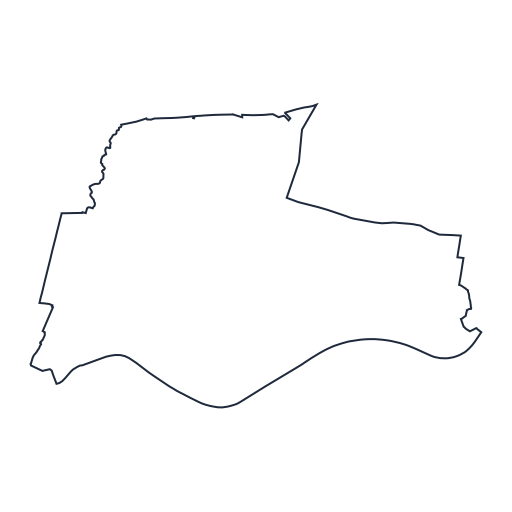 outline of Renkum, Gelderland, Netherlands
{"feature_id": "6326949B75793102771605", "entity_name": "Renkum", "entity_type": "district", "adm_level": 2, "iso_a3": "NLD", "parent_name": "Netherlands", "parent_adm1": "Gelderland", "projection": "albers", "projection_center": [5.777, 51.992], "detail": "fine", "context": "isolated", "style": "outline", "palette": "slate", "viewbox_px": 512, "rotation_deg": 0, "n_neighbors": 0, "source": "geoboundaries", "source_scale": "gbopen_adm2", "svg_char_len": 5901}
<svg xmlns="http://www.w3.org/2000/svg" viewBox="0 0 512 512"><path d="M316.5,104.6L312.4,106.1L308.2,106.9L304.1,107.5L296.0,109.4L285.2,112.6L285.1,113.0L286.6,114.5L290.3,118.3L288.6,120.4L285.0,116.5L283.8,115.8L280.9,116.5L278.8,117.2L272.9,114.2L269.1,114.4L265.4,114.8L261.2,115.0L257.1,115.1L253.1,115.2L245.5,115.0L242.2,114.8L242.2,117.3L233.2,114.5L232.2,114.5L232.2,114.4L231.8,114.5L221.6,114.7L214.3,114.9L203.7,115.5L200.7,115.8L197.8,115.9L194.9,116.2L194.0,118.3L193.1,118.1L193.2,116.3L185.4,117.1L175.8,117.8L171.6,118.0L163.0,118.2L154.4,118.5L151.1,119.6L147.1,119.5L146.4,118.4L143.5,119.4L136.5,121.6L127.5,123.5L121.2,124.7L121.4,125.2L121.4,126.0L121.3,126.3L121.2,126.6L121.1,126.8L120.9,127.0L120.6,127.1L119.5,127.5L119.2,127.7L119.0,127.8L118.9,128.1L118.9,129.3L118.8,129.7L118.8,129.9L118.4,130.2L117.4,130.3L117.2,130.4L116.9,130.6L116.7,130.9L116.6,131.3L116.5,132.7L116.4,133.2L116.2,133.5L116.0,133.8L115.8,134.0L115.5,134.3L115.1,134.5L114.1,134.6L113.6,134.8L113.3,135.0L112.7,135.5L112.4,136.3L111.7,137.4L110.6,138.9L109.8,140.1L109.6,140.5L109.6,140.8L109.6,141.2L109.8,141.6L110.5,142.7L110.7,142.9L110.7,143.4L110.6,143.8L110.3,144.7L110.1,145.7L110.1,146.2L110.3,147.4L110.3,147.7L110.2,147.9L110.0,148.0L109.3,148.1L108.9,148.0L107.5,147.5L106.9,147.4L106.5,147.5L106.3,147.7L105.9,148.2L105.8,148.3L105.4,149.3L105.3,149.6L105.3,150.3L105.3,150.7L105.5,151.7L106.1,153.8L106.2,154.0L106.1,154.4L105.7,154.6L105.4,154.7L104.6,154.9L104.4,154.9L104.3,155.1L104.2,155.5L103.9,155.8L103.7,156.0L102.6,156.3L102.4,156.5L102.3,156.8L102.0,157.9L101.2,159.4L101.2,160.7L101.0,161.6L100.9,162.1L100.9,162.6L100.9,162.8L101.0,163.0L102.3,164.0L102.2,164.6L102.2,164.8L102.4,165.3L102.7,165.7L103.9,166.9L104.7,168.0L104.8,168.6L104.7,168.8L104.4,169.3L103.8,169.8L103.1,170.0L102.8,170.2L102.6,170.4L102.3,170.7L102.2,170.9L102.1,171.5L102.1,171.8L102.2,172.0L102.4,172.3L103.3,173.4L103.4,173.6L103.5,173.9L103.4,175.8L103.4,177.8L103.3,178.2L103.0,178.7L102.8,179.0L102.4,179.3L101.2,180.1L100.9,180.3L100.7,180.5L100.5,180.8L100.3,181.2L99.8,182.9L99.7,183.1L99.5,183.3L98.2,183.8L97.8,183.9L97.0,183.9L95.6,183.9L95.0,184.0L94.0,184.3L93.3,184.5L91.7,185.3L91.1,185.8L90.2,186.1L90.0,186.3L89.6,186.8L89.6,187.0L89.6,187.3L89.7,187.7L90.0,188.4L91.6,191.1L91.7,191.4L91.8,191.6L91.8,192.7L90.9,193.4L90.6,193.9L90.5,194.3L90.3,194.9L90.3,195.1L90.3,195.3L90.4,195.7L90.5,195.9L91.3,196.7L92.1,198.0L93.0,198.9L93.4,199.3L93.6,199.5L94.3,202.1L94.5,202.5L94.8,202.9L94.9,203.1L94.9,203.7L94.8,204.1L94.8,205.0L94.6,205.8L93.8,206.5L93.5,206.9L92.7,208.3L90.5,207.5L90.4,207.6L89.1,207.3L88.3,207.3L87.1,208.3L85.7,213.1L82.5,212.2L82.3,212.9L61.6,213.3L61.6,213.7L60.0,219.8L58.0,228.0L57.4,230.2L56.6,233.5L56.1,235.6L55.7,237.3L52.5,249.8L52.0,251.9L51.5,253.9L50.7,257.4L50.5,258.1L50.3,259.1L44.8,281.1L44.6,282.0L42.1,292.5L40.7,297.6L39.5,302.9L40.2,302.8L41.2,303.2L43.7,303.3L49.2,304.0L52.4,305.3L51.9,306.5L52.6,306.9L52.5,307.3L52.9,307.4L42.7,331.1L44.8,332.3L44.6,333.2L44.8,334.1L44.8,334.4L44.8,335.0L44.7,335.4L42.9,339.4L42.7,339.9L42.5,340.1L42.2,340.1L41.1,341.9L40.6,341.9L40.5,342.1L40.1,342.9L40.1,343.0L40.9,343.7L41.0,343.9L41.1,344.2L39.8,346.2L39.4,347.4L39.2,348.0L38.9,348.5L37.7,350.2L37.3,350.7L37.3,350.9L37.1,351.3L36.1,352.7L34.1,355.0L33.6,355.8L33.2,356.6L32.7,357.7L32.3,358.9L32.1,359.7L31.9,360.4L31.5,361.6L31.1,363.1L30.9,363.5L30.8,364.2L30.7,364.2L31.0,365.5L42.4,370.9L49.8,369.2L51.6,370.5L52.5,372.9L52.5,373.0L52.7,373.6L52.9,374.2L53.5,375.9L55.3,380.6L56.5,383.8L59.4,383.0L62.3,381.1L65.3,378.0L71.0,371.4L73.2,369.4L76.9,367.1L79.9,365.6L82.4,365.3L103.0,357.8L106.1,356.7L111.0,355.6L115.5,355.0L120.4,355.1L124.8,356.1L128.9,358.0L132.4,360.3L136.4,363.0L148.7,372.4L152.9,375.3L159.1,379.5L169.1,386.2L177.3,391.1L190.6,398.0L198.5,401.9L202.3,403.6L205.5,404.7L206.6,405.0L210.0,405.9L214.1,406.7L218.0,407.3L222.0,407.4L223.1,407.3L227.7,406.6L231.2,405.7L235.2,404.5L237.6,403.5L240.4,401.9L264.2,387.1L297.7,367.0L300.5,365.3L311.2,358.2L319.4,353.2L325.0,350.1L327.8,348.7L329.6,347.9L332.9,346.4L335.0,345.6L338.1,344.6L341.4,343.5L348.2,341.6L351.1,341.1L360.5,339.7L365.2,339.3L370.3,339.1L374.3,339.1L377.1,339.3L379.5,339.5L381.1,339.6L384.6,340.0L390.2,340.8L393.8,341.6L397.7,342.5L399.8,343.0L404.4,344.4L406.8,345.2L409.2,346.1L413.3,347.8L416.8,349.3L430.0,355.3L433.5,356.7L435.0,357.1L436.9,357.5L440.0,358.1L441.8,358.2L444.6,358.3L446.1,358.3L447.7,358.2L448.7,358.1L451.4,357.6L453.1,357.3L456.1,356.4L458.2,355.6L460.2,354.7L463.5,352.9L464.5,352.4L465.4,351.7L466.3,351.0L467.7,349.8L469.4,348.2L470.6,346.9L472.5,344.8L475.2,341.2L476.7,339.0L481.3,332.2L477.4,329.2L476.7,328.4L476.5,328.1L476.3,328.1L470.7,330.9L470.1,331.2L469.8,331.3L469.1,330.8L467.1,329.6L466.0,328.8L464.9,327.9L464.8,327.7L464.5,327.2L463.7,326.8L460.9,319.0L462.0,318.6L464.1,317.0L465.8,315.8L466.0,314.4L466.2,313.4L466.5,312.3L466.6,312.0L466.6,311.9L466.7,311.6L466.7,311.3L466.8,310.8L467.0,310.5L466.9,310.1L467.7,309.7L468.6,309.3L469.0,309.2L469.3,309.0L470.4,309.0L471.0,308.9L471.1,308.7L471.1,308.4L471.2,308.1L471.1,307.7L470.8,306.8L470.8,306.3L470.8,305.5L470.4,302.8L470.3,301.8L470.2,301.1L469.8,299.7L469.4,298.7L469.3,297.6L469.0,294.7L468.8,293.8L468.6,293.3L468.3,292.5L467.9,290.9L468.0,290.4L467.8,290.2L467.7,290.2L466.0,289.1L465.8,288.7L461.0,285.5L459.1,284.9L460.7,275.6L461.1,273.3L462.6,263.5L463.5,258.0L457.4,257.3L457.8,254.4L458.7,248.9L458.8,248.2L459.1,246.5L460.8,235.6L452.7,235.1L439.2,234.6L428.3,230.1L420.5,225.6L416.0,224.8L413.2,224.2L411.9,224.1L410.7,223.9L394.3,222.6L392.8,222.6L390.1,222.8L385.4,223.1L384.5,223.1L382.2,223.3L375.0,222.5L353.5,218.6L350.3,217.7L346.6,216.3L332.1,211.4L327.6,209.9L318.4,207.2L316.1,206.6L314.8,206.3L298.3,202.1L286.7,197.8L298.9,162.2L301.6,133.3L302.1,129.4L316.5,104.6Z" fill="none" stroke="#1e293b" stroke-width="2"/></svg>